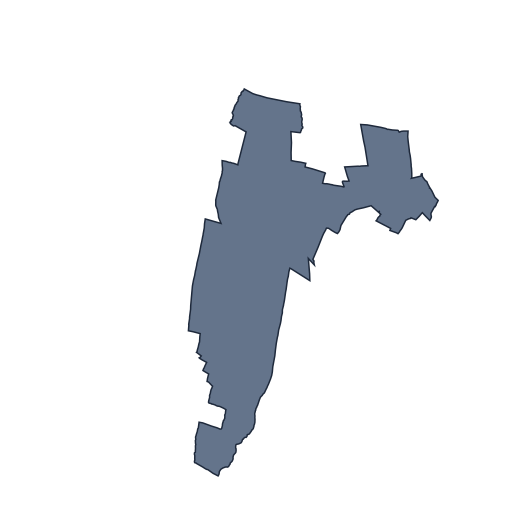 Dimitrie Cantemir, Vaslui, Romania, rotated 222°
{"feature_id": "2599482B29035233418864", "entity_name": "Dimitrie Cantemir", "entity_type": "district", "adm_level": 2, "iso_a3": "ROU", "parent_name": "Romania", "parent_adm1": "Vaslui", "projection": "robinson", "projection_center": [28.052, 46.525], "detail": "fine", "context": "isolated", "style": "filled", "palette": "slate", "viewbox_px": 512, "rotation_deg": 222, "n_neighbors": 0, "source": "geoboundaries", "source_scale": "gbopen_adm2", "svg_char_len": 6089}
<svg xmlns="http://www.w3.org/2000/svg" viewBox="0 0 512 512"><g transform="rotate(222 256 256)"><path d="M325.2,398.5L336.5,391.1L353.7,380.9L360.6,377.6L363.4,376.1L367.1,374.5L376.5,372.3L376.1,371.4L376.2,370.4L376.0,370.2L375.9,369.9L376.4,368.9L376.2,367.8L376.3,367.4L376.1,367.0L375.5,366.4L375.2,365.9L375.1,365.1L375.5,363.9L374.9,361.7L374.2,361.1L373.9,360.0L373.1,359.4L373.0,359.1L372.9,357.2L372.5,355.8L372.4,353.9L372.0,353.3L371.6,351.8L371.2,351.5L371.0,350.9L370.7,350.4L370.8,350.0L370.4,349.5L369.7,346.7L369.0,346.2L368.2,346.0L366.9,345.4L366.7,345.0L366.7,344.7L366.3,344.4L366.3,343.6L365.6,343.1L364.9,341.3L365.5,340.7L365.4,340.3L365.2,340.1L365.0,339.4L364.5,339.3L364.9,338.0L364.6,338.0L364.0,337.4L363.5,337.3L361.7,337.3L359.7,337.6L358.7,338.9L346.4,341.6L331.3,312.8L330.5,311.6L334.5,310.0L336.1,309.0L337.9,308.3L338.5,307.6L341.4,306.4L345.0,304.2L341.9,300.9L339.6,298.8L338.1,297.1L337.8,296.3L336.6,295.0L336.1,293.8L335.3,292.5L333.9,289.2L333.1,287.9L332.7,286.5L331.2,284.6L329.5,282.0L323.3,270.5L322.8,270.1L320.1,267.0L319.4,266.4L317.3,265.4L316.1,264.9L314.4,263.5L312.0,261.8L309.6,259.6L303.8,256.8L318.5,249.6L315.9,245.6L313.2,242.2L310.0,237.0L309.1,235.8L309.0,235.4L305.9,230.3L304.4,227.6L299.7,219.9L295.0,211.1L293.9,209.5L291.4,205.2L291.3,204.8L288.5,200.4L286.5,196.6L283.2,191.2L271.3,175.4L269.0,172.7L264.6,166.3L263.4,164.9L260.3,160.2L259.5,159.5L256.2,155.2L251.9,157.7L245.5,161.0L243.7,158.4L240.4,154.3L239.9,153.0L238.9,151.2L238.0,149.7L236.5,146.5L235.8,145.6L235.8,144.6L229.8,145.1L229.7,143.2L230.1,142.3L229.7,142.2L226.6,142.7L221.5,143.9L220.3,139.8L219.7,138.3L219.5,137.1L218.8,135.4L215.0,136.1L212.3,136.7L210.0,132.4L208.4,130.0L206.9,130.6L202.2,130.2L201.2,130.2L200.4,128.3L200.0,126.8L199.1,125.0L198.0,123.3L197.5,122.0L197.2,121.3L195.8,119.8L194.4,117.0L193.5,115.6L193.0,115.3L192.5,115.3L190.3,116.4L190.0,116.3L188.7,117.1L186.3,118.1L185.4,118.2L184.0,118.8L182.8,119.7L181.5,120.2L178.2,121.2L175.5,121.7L175.0,120.7L173.3,118.4L172.8,116.8L172.2,116.4L170.5,114.3L170.3,113.1L169.9,112.3L170.0,111.6L169.9,111.3L169.4,110.8L169.0,109.6L168.3,108.4L167.7,107.8L166.2,105.0L166.1,104.2L166.9,103.3L169.9,102.3L175.3,99.8L183.8,96.4L187.1,94.4L183.8,89.6L183.6,88.5L182.1,86.1L180.9,83.3L180.6,83.0L179.9,81.2L179.3,80.5L178.1,79.5L177.6,78.3L175.5,76.2L174.6,75.6L174.0,74.4L172.0,72.3L170.6,70.5L169.8,69.7L170.0,68.6L169.2,67.5L168.3,67.0L167.3,66.0L166.3,64.8L164.9,63.4L164.6,62.6L164.1,61.9L163.3,61.4L161.8,62.1L161.5,62.0L154.6,63.5L150.9,64.1L149.9,64.4L148.9,65.0L142.2,65.8L141.3,66.1L137.0,67.2L137.1,67.8L137.6,69.3L139.0,71.3L139.4,74.0L138.8,76.2L137.7,78.4L137.1,79.2L135.9,80.1L135.5,81.2L135.9,82.7L135.9,83.7L136.6,85.0L136.4,87.1L136.5,87.9L137.2,89.8L138.6,91.3L139.5,93.2L139.5,96.0L139.7,96.8L140.8,98.3L142.0,99.5L142.5,99.6L143.4,100.5L144.4,101.9L144.6,102.6L144.4,103.1L143.1,104.8L142.1,107.2L142.1,107.6L142.4,108.8L143.3,110.8L142.9,111.4L143.1,112.6L142.8,114.0L142.0,114.6L142.0,115.4L142.2,116.3L142.9,117.3L142.9,117.6L142.2,118.4L141.9,119.4L142.3,122.8L142.7,124.0L142.4,124.6L142.6,126.0L143.5,127.9L144.2,128.8L144.5,129.8L145.5,131.6L147.5,134.0L148.8,135.2L149.8,136.5L150.5,137.0L151.7,138.3L152.4,139.8L152.9,140.4L153.0,141.1L154.0,142.6L154.1,143.0L154.1,143.7L154.6,144.6L154.9,146.0L157.3,151.5L158.2,154.0L158.2,155.0L158.1,156.5L158.4,158.2L158.2,159.9L159.6,164.6L159.7,165.3L160.5,167.3L160.8,168.6L162.9,174.3L164.4,177.7L166.3,180.8L169.4,184.9L175.2,194.4L178.7,199.2L182.5,204.7L185.9,210.2L186.5,211.5L189.6,216.1L192.7,222.2L194.2,224.7L196.6,228.1L198.3,231.3L200.4,233.7L202.7,238.0L203.3,238.8L203.9,239.9L205.3,242.2L210.0,249.2L211.1,251.1L215.5,257.5L217.2,260.1L218.4,262.5L220.9,266.1L222.7,269.6L221.3,270.0L199.5,273.7L204.3,278.7L215.5,289.2L206.7,288.4L208.5,289.7L209.6,291.1L211.5,291.6L215.7,303.9L219.9,315.2L220.8,318.0L221.7,322.1L222.2,323.4L222.3,323.8L222.0,324.2L220.5,325.2L216.7,325.7L212.7,326.5L210.5,327.2L210.6,329.4L211.2,331.8L213.3,335.5L215.3,346.1L215.2,347.0L215.5,348.1L214.6,349.6L214.7,350.1L215.0,350.5L214.9,351.4L214.2,353.1L213.4,356.4L212.2,358.5L208.3,363.9L204.1,370.4L194.3,370.5L194.4,371.3L194.3,371.7L194.2,371.7L194.0,371.3L193.1,370.5L191.2,370.5L191.2,369.3L190.7,368.4L191.0,367.0L190.9,365.8L190.3,363.7L190.3,362.5L174.4,366.6L173.6,364.6L167.2,367.2L165.4,367.6L165.5,369.9L165.8,371.1L165.9,372.8L166.2,374.7L168.6,382.7L167.4,385.8L166.2,387.4L166.4,388.1L161.5,389.9L161.3,394.9L161.4,399.5L156.9,399.1L150.6,398.7L151.3,401.4L151.8,402.4L153.7,403.9L154.4,404.6L154.7,405.3L156.4,412.4L156.3,412.7L155.9,412.7L156.3,414.5L156.8,415.4L157.4,418.0L157.8,419.2L162.4,419.4L168.7,422.0L172.3,423.0L172.5,422.7L172.8,423.1L176.8,424.6L178.5,425.5L179.3,425.6L180.3,425.4L181.6,425.5L185.3,426.3L187.3,427.9L187.8,428.8L187.7,428.2L188.0,427.2L187.0,426.1L187.0,425.6L191.0,419.8L192.5,417.8L192.6,418.4L195.4,421.5L199.1,425.2L201.1,426.8L201.5,427.4L206.5,432.0L208.9,434.0L211.8,436.1L212.9,437.2L219.6,443.0L223.1,446.2L226.6,450.6L229.9,447.6L231.5,445.8L232.4,443.9L232.8,443.9L234.1,444.4L234.7,444.3L239.0,440.9L242.6,438.6L243.1,438.0L243.9,437.9L245.0,437.5L249.4,435.1L261.0,427.9L266.2,423.8L253.1,413.6L247.8,409.8L233.2,398.0L238.2,393.1L238.8,392.2L240.3,391.0L249.7,381.5L241.5,376.4L237.0,374.0L238.2,372.6L241.3,370.0L241.5,369.7L241.6,369.3L241.1,368.6L237.0,366.5L236.9,366.1L239.5,364.7L245.6,360.6L247.4,359.8L247.8,359.4L250.0,358.2L251.9,357.0L252.4,356.4L253.5,355.6L255.2,354.6L258.0,359.7L259.4,362.5L259.8,363.9L260.4,364.0L272.4,358.5L279.1,355.0L280.7,357.4L281.0,358.2L285.6,355.6L290.1,352.6L293.7,350.5L299.2,356.4L305.4,363.9L313.3,371.8L305.8,377.1L305.6,377.5L305.7,377.8L306.2,378.7L306.4,379.6L307.0,380.8L307.1,381.3L306.9,382.2L307.0,382.6L308.0,383.4L309.2,383.6L309.7,384.3L309.9,384.9L311.2,385.7L312.1,386.7L312.9,388.2L313.8,389.1L314.7,389.6L315.1,389.5L315.9,390.1L316.5,391.4L318.7,393.1L320.2,393.5L320.6,394.2L321.5,394.8L323.0,396.8L323.6,397.0L324.7,397.7L325.2,398.5Z" fill="#64748b" stroke="#1e293b" stroke-width="1.5"/></g></svg>